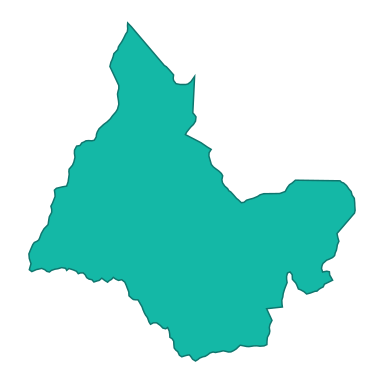 Araraquara, São Paulo, Brazil (Mercator projection)
{"feature_id": "56859067B88826988181840", "entity_name": "Araraquara", "entity_type": "district", "adm_level": 2, "iso_a3": "BRA", "parent_name": "Brazil", "parent_adm1": "São Paulo", "projection": "mercator", "projection_center": [-48.185, -21.756], "detail": "fine", "context": "isolated", "style": "filled", "palette": "teal", "viewbox_px": 384, "rotation_deg": 0, "n_neighbors": 0, "source": "geoboundaries", "source_scale": "gbopen_adm2", "svg_char_len": 3764}
<svg xmlns="http://www.w3.org/2000/svg" viewBox="0 0 384 384"><path d="M211.2,149.4L207.4,147.1L201.0,142.7L185.4,134.6L186.7,132.1L188.8,129.4L190.9,126.9L193.4,124.5L195.5,121.2L196.0,116.9L194.5,114.8L192.8,112.8L194.6,76.4L190.9,81.7L187.9,84.0L185.8,84.5L182.4,84.5L180.2,84.5L176.0,83.7L173.6,80.5L173.2,78.2L173.6,74.9L169.8,70.5L166.4,66.8L164.3,65.5L137.4,33.9L131.4,26.8L127.7,23.0L127.5,25.9L127.7,28.8L127.3,31.8L125.7,34.1L124.5,36.6L123.3,39.0L121.7,41.9L119.8,44.6L118.4,46.9L117.8,49.6L113.9,53.6L113.1,56.8L112.0,59.9L110.9,62.3L109.9,66.5L117.2,82.0L118.8,85.5L118.8,88.7L118.0,91.5L117.5,94.1L117.8,96.6L118.5,100.9L118.8,104.3L117.5,109.2L115.8,112.0L112.5,115.8L110.2,119.0L107.0,122.0L103.5,124.6L101.7,126.3L99.1,128.7L97.3,131.9L96.5,134.2L96.2,137.0L94.3,140.2L91.9,140.8L88.6,140.6L86.0,140.8L83.9,142.0L81.8,142.9L80.0,145.5L76.6,146.1L74.5,150.2L74.4,153.4L75.0,157.2L73.9,161.9L72.5,165.2L69.1,169.2L68.9,171.6L69.2,174.3L68.4,179.7L68.1,181.9L66.6,186.1L62.1,186.9L56.4,188.3L54.4,190.2L54.9,193.5L55.1,196.5L52.5,203.2L50.9,206.2L51.7,209.4L51.7,212.4L49.3,216.8L48.8,219.7L48.1,224.6L44.0,228.8L41.3,233.5L39.7,237.9L38.7,240.0L36.9,241.3L34.3,242.5L32.8,244.6L31.8,246.9L30.5,249.9L28.9,253.9L29.3,258.5L31.0,263.7L29.3,269.7L31.8,271.6L34.1,270.6L36.3,269.6L38.6,269.1L41.7,268.4L44.8,269.7L46.9,271.4L49.4,272.0L51.4,270.4L54.9,269.2L58.0,268.7L61.6,267.6L65.6,268.3L66.7,270.4L68.9,268.5L73.3,269.9L76.5,271.3L78.3,273.7L80.5,272.9L83.2,272.9L85.2,274.8L86.7,277.6L89.0,279.1L91.9,279.7L93.9,282.0L96.9,281.0L99.2,280.4L101.8,278.2L104.7,280.4L107.6,282.2L109.2,280.7L111.5,279.4L113.3,277.4L115.7,279.1L118.5,280.4L121.7,279.7L124.8,282.1L126.2,285.2L127.5,288.7L128.8,292.0L129.0,295.8L131.6,298.2L133.3,299.5L135.6,299.8L137.9,299.8L139.3,302.0L140.4,304.0L142.0,306.7L143.0,309.6L144.4,312.9L145.6,315.1L147.5,317.7L149.0,321.9L150.5,324.3L153.4,322.8L156.6,322.8L160.3,325.4L162.9,328.1L165.7,328.8L167.6,327.5L169.2,330.9L169.7,334.1L169.9,337.3L172.1,338.7L173.7,341.2L173.9,344.9L174.2,348.0L175.7,350.0L177.8,351.7L179.4,355.2L181.8,356.8L184.6,355.9L187.2,355.2L189.4,354.9L191.0,356.8L192.6,359.2L195.5,361.0L197.8,359.6L199.6,358.1L202.8,356.8L205.2,356.3L207.4,355.0L210.0,353.0L213.0,352.0L215.5,352.5L217.8,352.0L220.1,351.6L223.2,350.8L226.1,351.4L228.3,352.0L230.9,351.9L233.6,350.6L236.3,348.9L238.3,346.9L240.2,345.2L246.8,346.5L249.0,346.6L251.2,346.3L253.7,345.9L256.8,345.8L260.0,346.2L264.0,345.9L266.9,344.6L267.0,340.9L267.4,337.3L269.3,333.7L269.8,331.0L269.3,327.6L269.9,324.6L272.0,320.4L266.6,308.7L282.4,307.0L282.0,304.1L281.8,300.2L282.8,296.9L283.2,293.7L284.4,289.6L285.4,286.9L287.1,282.6L286.6,279.1L286.6,276.3L287.5,273.0L290.0,271.9L292.2,274.7L292.4,279.3L294.0,281.1L295.7,282.9L296.8,285.0L298.4,289.0L300.6,289.8L304.0,291.7L306.6,294.0L310.4,293.0L314.9,291.3L317.0,291.1L318.9,289.3L320.8,288.1L323.2,286.9L324.4,284.2L332.6,280.2L330.9,277.1L329.7,275.1L329.4,271.8L326.8,271.2L322.6,272.0L321.5,268.4L322.0,265.7L322.9,263.5L324.8,261.8L326.6,260.2L329.1,259.2L332.6,257.5L334.6,255.6L335.2,252.9L336.4,250.2L336.9,247.7L337.3,244.9L338.9,241.3L337.8,237.5L337.0,233.5L354.5,213.1L355.1,210.4L354.8,205.8L354.7,202.8L354.3,198.3L352.1,195.1L351.1,191.5L349.0,189.1L346.5,185.5L343.6,183.0L341.6,182.3L340.0,180.8L295.4,180.2L292.2,183.0L289.5,184.7L287.4,187.5L285.2,191.5L279.8,193.5L274.3,193.6L263.8,193.7L260.1,194.8L257.5,196.5L253.2,198.3L249.4,199.3L246.5,200.2L244.1,202.3L241.3,202.7L238.4,199.9L236.6,198.5L235.2,196.9L233.4,194.8L230.7,191.9L228.8,190.7L227.6,188.6L224.7,186.1L222.5,182.8L221.9,179.7L222.7,175.8L221.4,173.5L219.0,171.2L215.2,168.4L213.3,166.9L211.3,164.4L208.9,156.0L209.1,152.7L211.2,149.4Z" fill="#14b8a6" stroke="#0f766e" stroke-width="1.5"/></svg>